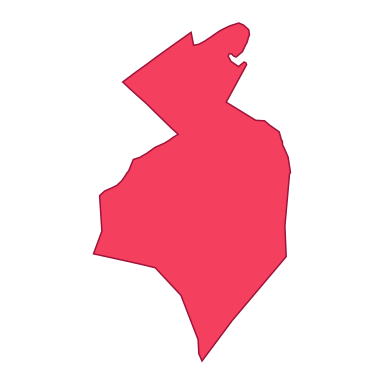 Santiago el Pinar, Chiapas, Mexico
{"feature_id": "50627088B49510256409926", "entity_name": "Santiago el Pinar", "entity_type": "district", "adm_level": 2, "iso_a3": "MEX", "parent_name": "Mexico", "parent_adm1": "Chiapas", "projection": "orthographic", "projection_center": [-92.724, 16.948], "detail": "fine", "context": "isolated", "style": "filled", "palette": "rose", "viewbox_px": 384, "rotation_deg": 0, "n_neighbors": 0, "source": "geoboundaries", "source_scale": "gbopen_adm2", "svg_char_len": 1392}
<svg xmlns="http://www.w3.org/2000/svg" viewBox="0 0 384 384"><path d="M245.9,62.8L244.1,62.0L238.5,66.6L231.0,61.4L228.2,56.2L229.2,53.8L231.4,53.8L233.9,56.2L236.1,57.0L237.0,56.3L242.4,51.7L243.9,48.6L245.3,45.5L246.9,42.7L247.6,40.4L248.2,38.2L249.5,34.7L248.7,29.7L247.6,28.7L244.9,26.3L243.4,25.0L238.8,23.0L230.0,25.8L224.9,28.2L220.2,30.6L214.4,34.5L210.0,37.6L207.1,39.5L203.9,41.6L201.8,42.7L199.0,44.2L193.6,45.3L191.1,32.3L172.8,45.3L162.6,52.6L156.3,57.1L147.5,63.7L141.0,68.4L136.8,71.4L125.3,80.0L122.7,82.0L125.5,84.6L130.3,89.2L138.1,96.2L145.9,103.1L155.4,112.5L165.0,121.8L171.1,127.8L173.5,130.0L178.2,134.3L173.7,137.0L169.1,140.3L165.4,142.6L164.0,143.4L162.1,144.2L158.8,145.7L156.3,146.8L154.6,147.7L151.2,150.2L148.2,152.3L146.9,153.3L144.5,154.6L141.5,156.4L140.1,157.3L138.7,157.7L135.1,158.9L133.3,159.5L131.1,164.9L129.6,168.6L128.7,170.9L127.2,172.6L124.6,176.7L122.7,179.5L121.7,180.9L120.2,182.3L118.4,183.9L117.2,185.2L111.2,188.2L108.0,189.5L105.9,190.5L104.8,191.0L102.8,192.7L99.6,195.7L101.9,231.1L93.5,253.8L141.9,264.5L155.3,267.8L181.0,295.4L198.1,339.6L198.8,353.6L202.0,361.0L231.4,321.6L231.6,321.2L286.2,256.6L284.9,226.1L289.5,174.2L290.5,172.5L288.1,157.1L284.6,149.0L282.6,144.8L282.3,141.1L281.4,139.8L279.2,131.9L269.4,125.0L264.6,120.8L255.7,120.3L226.2,102.2L246.6,64.7L245.9,62.8Z" fill="#f43f5e" stroke="#9f1239" stroke-width="1.5"/></svg>